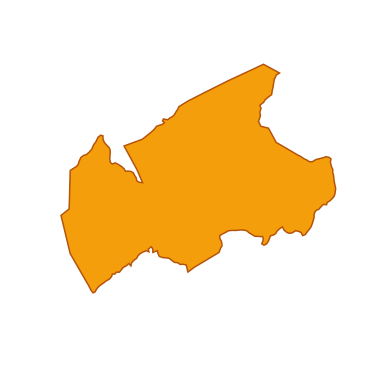 Caririaçu, Ceará, Brazil, rotated 327°
{"feature_id": "56859067B58793941772217", "entity_name": "Caririaçu", "entity_type": "district", "adm_level": 2, "iso_a3": "BRA", "parent_name": "Brazil", "parent_adm1": "Ceará", "projection": "mercator", "projection_center": [-39.269, -7.028], "detail": "fine", "context": "isolated", "style": "filled", "palette": "amber", "viewbox_px": 384, "rotation_deg": 327, "n_neighbors": 0, "source": "geoboundaries", "source_scale": "gbopen_adm2", "svg_char_len": 2782}
<svg xmlns="http://www.w3.org/2000/svg" viewBox="0 0 384 384"><g transform="rotate(327 192 192)"><path d="M330.2,139.9L321.5,123.8L298.6,120.6L282.3,118.3L258.1,115.6L238.1,113.5L227.4,113.3L225.2,114.8L222.1,116.1L219.3,117.6L216.7,118.1L213.6,117.9L210.9,118.2L207.9,115.2L206.0,116.3L206.7,118.8L203.5,119.1L200.9,118.2L198.0,117.6L195.0,118.7L192.7,119.2L189.2,119.7L185.2,120.1L182.4,120.4L179.1,120.7L160.1,116.4L158.0,143.4L155.6,157.2L152.9,155.0L151.8,152.5L152.9,149.6L152.9,146.8L153.2,143.7L151.8,141.3L149.9,139.8L147.5,138.3L147.7,135.5L146.8,132.3L145.2,128.7L143.4,125.7L140.3,125.1L139.7,122.8L140.8,119.9L142.9,116.9L145.0,114.3L146.2,112.2L146.7,109.7L146.2,107.5L145.8,105.2L145.5,102.3L146.2,99.2L147.9,96.3L146.3,94.6L143.0,94.9L138.6,97.6L135.5,98.7L133.4,100.0L131.5,101.4L127.4,102.6L123.9,103.1L121.1,102.3L117.7,102.5L114.4,104.5L111.4,107.0L108.7,107.7L105.2,107.6L101.6,107.6L98.3,112.4L82.3,135.6L79.7,139.3L69.4,140.3L56.3,177.3L54.3,214.6L53.8,219.2L54.1,222.7L56.4,223.0L58.4,221.8L61.0,220.8L64.3,220.2L68.7,220.1L71.7,219.8L75.2,220.1L78.3,219.2L80.6,217.4L82.5,218.8L85.0,218.1L87.5,219.7L90.6,218.7L93.2,217.8L96.7,218.1L100.1,217.6L100.5,220.7L102.9,218.4L106.6,217.6L109.4,217.5L111.9,216.1L114.7,215.5L118.3,215.6L121.9,216.5L123.3,218.7L124.3,216.1L127.9,215.7L128.2,218.1L126.3,221.4L128.8,221.8L131.0,222.5L130.0,224.8L129.5,228.2L131.7,231.0L136.6,234.9L138.9,241.4L141.6,243.7L142.6,246.3L145.1,247.7L147.4,250.0L145.0,256.9L153.2,256.4L181.7,257.4L185.5,254.6L187.8,253.6L189.1,251.2L189.9,248.9L190.0,246.6L191.3,243.8L194.1,243.7L197.4,244.1L201.5,244.4L204.5,245.9L208.1,248.3L210.3,249.3L213.0,250.9L214.9,252.4L216.8,254.3L217.6,257.2L219.5,261.0L220.6,263.4L223.0,265.0L224.9,266.5L226.9,267.8L226.3,270.1L224.4,272.0L222.3,273.4L223.4,275.8L226.2,276.1L229.2,274.9L231.5,273.3L233.9,271.5L237.2,272.5L239.7,272.4L242.4,271.0L245.9,270.5L248.8,270.5L248.5,274.4L249.5,277.5L251.3,279.8L253.9,280.9L257.8,280.9L260.0,283.1L261.5,285.5L261.0,288.8L263.8,289.4L267.3,288.0L270.2,287.2L272.9,286.0L275.7,284.0L280.2,280.2L282.1,277.5L283.8,276.0L286.0,275.1L289.1,275.5L292.7,274.5L295.5,273.9L297.9,276.0L299.6,274.4L303.2,274.5L306.1,273.8L308.7,273.1L310.7,271.6L312.3,269.8L314.4,267.3L315.9,263.4L317.5,259.5L319.7,255.4L320.6,252.3L322.3,250.0L322.7,247.2L324.2,242.5L326.6,239.9L325.8,237.6L323.6,235.4L320.3,234.6L316.9,233.4L313.5,232.3L309.1,232.1L306.8,230.3L305.8,227.9L304.2,225.4L302.6,221.7L300.4,217.7L293.6,204.1L289.6,196.2L289.9,192.8L290.9,180.1L289.3,178.4L285.5,174.3L286.2,169.0L289.0,166.9L291.1,165.0L292.4,161.9L295.4,159.5L296.1,156.2L300.9,155.8L303.8,154.4L307.2,154.0L311.8,153.7L313.6,151.6L317.2,148.0L322.4,142.3L326.6,139.8L330.2,139.9Z" fill="#f59e0b" stroke="#b45309" stroke-width="1.5"/></g></svg>